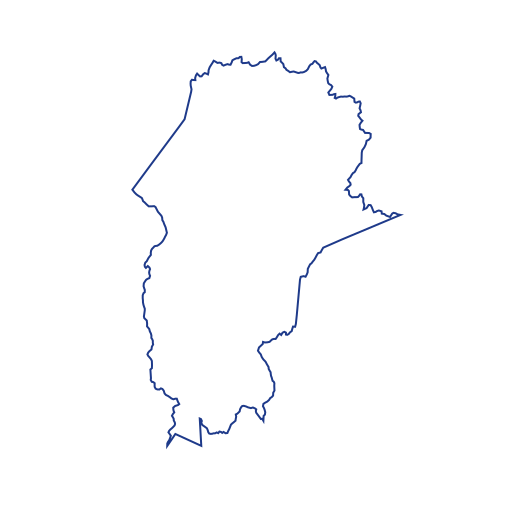 Boa Viagem, Ceará, Brazil (Equal Earth projection), rotated 191°
{"feature_id": "56859067B12725266051245", "entity_name": "Boa Viagem", "entity_type": "district", "adm_level": 2, "iso_a3": "BRA", "parent_name": "Brazil", "parent_adm1": "Ceará", "projection": "equal_earth", "projection_center": [-39.829, -5.047], "detail": "fine", "context": "isolated", "style": "outline", "palette": "blue", "viewbox_px": 512, "rotation_deg": 191, "n_neighbors": 0, "source": "geoboundaries", "source_scale": "gbopen_adm2", "svg_char_len": 6093}
<svg xmlns="http://www.w3.org/2000/svg" viewBox="0 0 512 512"><g transform="rotate(191 256 256)"><path d="M308.0,83.1L306.8,81.8L305.8,80.6L305.3,78.8L304.0,77.2L303.4,75.7L303.6,74.1L304.4,72.8L305.7,70.9L307.1,69.2L307.9,67.8L308.3,66.2L306.7,64.7L305.3,63.3L305.7,60.4L306.1,58.4L306.9,56.7L307.3,55.0L306.9,52.6L304.0,59.3L301.2,65.9L273.5,59.2L280.2,85.7L278.9,85.4L277.7,83.7L277.9,81.7L276.3,79.8L274.0,78.8L272.5,78.1L271.3,77.5L270.1,75.7L269.2,73.9L268.1,72.8L266.7,72.7L265.2,73.1L263.9,73.8L262.4,74.1L260.9,75.3L259.3,74.9L258.4,76.7L256.7,76.6L255.4,75.9L254.3,77.1L252.0,76.2L250.3,76.8L249.9,78.9L249.3,80.8L248.8,83.5L248.4,85.7L247.4,87.1L246.2,88.5L244.7,90.4L244.8,92.1L244.8,94.5L245.6,96.6L244.3,97.6L242.4,100.3L242.4,102.5L241.8,104.6L240.9,106.1L239.4,106.6L237.0,106.4L235.0,105.9L232.0,105.7L230.1,106.7L227.9,106.2L226.5,105.5L226.6,103.8L225.9,102.2L222.9,99.5L220.1,96.9L218.9,97.4L217.3,95.6L218.0,100.5L217.0,102.0L217.1,104.4L218.2,106.7L219.2,108.3L220.5,109.9L220.5,112.3L219.1,113.7L217.2,115.2L215.7,117.2L214.9,119.3L213.7,120.4L212.6,122.2L213.0,125.1L212.2,127.4L213.3,132.0L213.7,134.7L214.6,136.0L215.9,136.6L216.6,138.0L217.4,139.7L218.4,141.3L219.0,143.0L219.5,144.7L220.7,146.0L222.0,147.6L222.5,149.4L224.9,152.1L226.3,153.9L227.6,154.9L228.7,155.6L229.9,156.7L231.2,158.1L232.5,160.3L234.5,161.9L236.0,163.4L235.6,166.8L232.6,170.9L232.7,173.0L230.8,172.8L228.5,173.4L226.3,174.3L225.2,175.9L224.1,177.3L222.6,178.0L220.9,178.3L220.1,180.1L219.2,182.6L218.0,184.3L216.2,183.3L215.3,185.8L213.7,187.0L212.0,186.5L211.6,184.6L210.3,184.6L209.0,185.7L208.1,187.5L206.6,189.1L206.5,191.2L206.2,193.8L204.1,194.0L203.9,196.9L204.7,205.9L208.3,241.2L208.1,244.1L205.4,245.3L203.4,245.1L202.6,247.7L202.2,249.8L202.7,253.3L201.3,258.2L200.2,259.3L199.2,261.4L198.1,263.4L197.3,265.7L196.5,268.4L195.6,270.7L193.3,271.8L192.6,274.2L191.6,277.0L174.7,288.7L122.0,323.9L125.0,323.9L127.1,324.6L129.3,324.6L130.4,323.6L131.9,319.9L135.8,320.5L138.0,321.7L140.6,321.6L141.3,323.8L144.1,324.1L145.8,323.2L146.9,322.1L148.6,321.4L150.1,323.5L151.7,326.1L153.2,327.8L155.1,327.6L156.6,324.1L159.3,322.2L159.2,323.9L159.4,326.7L161.0,329.5L161.7,333.2L163.4,334.6L164.3,336.6L165.6,336.4L166.2,334.9L167.1,333.4L168.3,333.0L170.8,332.5L172.8,331.9L174.7,332.8L176.3,334.1L177.2,337.5L178.4,338.4L180.8,338.1L179.4,340.7L177.7,342.4L176.7,344.0L177.3,345.6L179.0,346.9L180.2,348.3L179.2,350.0L178.3,351.4L177.7,353.5L176.7,355.8L175.3,357.1L174.5,359.1L174.1,360.8L173.3,363.0L171.7,366.3L170.2,367.4L170.6,369.5L171.2,373.3L171.9,377.6L171.9,380.1L170.4,383.3L169.9,385.2L169.5,386.9L169.4,390.2L167.4,391.7L166.1,394.0L166.7,397.7L168.4,398.3L170.4,398.0L172.4,397.6L175.0,400.2L176.8,400.2L178.1,400.5L178.8,402.4L179.4,404.5L178.5,406.9L177.3,409.1L178.9,410.0L181.2,412.1L182.4,413.1L182.4,414.9L180.4,417.1L181.2,419.0L182.5,420.7L182.4,423.7L182.4,425.9L183.6,427.5L184.8,427.1L186.2,426.0L187.4,425.6L188.7,426.1L189.6,429.3L191.5,430.0L193.2,430.7L194.8,431.1L196.3,430.2L197.6,429.7L199.4,429.5L201.2,428.9L203.0,428.7L204.9,427.8L206.3,427.0L207.5,425.8L208.9,426.2L208.7,428.1L209.0,430.2L210.2,429.8L211.7,428.8L214.7,428.1L216.2,430.3L213.9,434.5L213.4,436.8L214.9,438.1L216.8,438.6L218.1,439.5L219.1,441.8L219.8,443.9L219.5,447.5L221.4,449.3L222.5,450.6L223.3,452.8L224.3,454.6L227.6,452.5L228.7,453.4L229.9,455.5L231.9,456.7L233.1,457.3L234.2,458.4L235.7,458.5L236.5,457.2L237.3,455.4L238.9,454.4L239.9,452.5L240.8,449.2L242.1,447.3L244.1,445.7L245.8,444.9L247.1,444.8L248.3,444.1L249.5,443.7L254.2,444.3L255.9,443.7L257.7,442.9L259.8,443.9L261.7,444.6L262.7,445.8L264.6,446.7L265.8,449.6L267.3,450.7L268.9,451.7L269.7,454.8L271.2,454.5L271.9,452.9L273.3,451.8L274.5,453.4L274.9,456.8L275.6,458.2L276.7,459.4L278.2,456.9L281.6,452.5L282.8,450.6L284.0,448.8L287.1,447.7L289.1,447.2L290.6,444.7L292.4,443.3L294.3,442.3L296.2,441.8L298.3,442.7L300.2,444.8L301.6,443.9L304.2,443.2L305.9,442.8L307.2,443.6L307.5,446.4L308.4,448.7L309.9,448.3L310.9,446.8L312.9,446.4L315.1,444.8L316.5,443.6L316.8,441.5L317.5,438.9L318.8,438.7L320.6,438.9L322.4,437.9L324.2,436.7L325.8,437.3L326.8,438.7L328.6,438.9L330.7,438.2L333.0,439.1L334.8,439.6L335.6,437.2L336.6,434.8L337.5,432.4L338.0,429.3L337.7,427.3L337.8,425.1L339.3,425.5L341.2,425.8L342.5,424.4L343.7,422.0L345.2,421.6L347.0,422.7L348.6,423.8L349.4,421.9L349.7,419.1L349.1,417.1L351.1,416.8L352.5,416.8L353.4,415.0L353.1,412.7L352.6,410.8L351.1,407.3L351.0,404.7L352.2,376.6L356.3,367.9L367.3,345.0L375.9,327.1L390.0,297.5L387.4,295.2L385.2,293.7L383.5,292.9L379.2,291.2L378.3,290.0L377.3,288.3L375.6,287.4L373.3,285.8L370.8,284.3L367.7,284.9L365.5,285.5L364.0,284.9L360.7,280.7L356.6,277.5L355.5,275.9L354.7,273.2L353.5,272.0L352.2,269.8L350.2,266.9L347.9,261.8L348.3,259.4L348.9,257.7L349.4,255.7L350.3,253.1L351.1,251.6L352.0,250.3L353.4,248.6L354.9,247.2L356.2,246.8L357.5,246.2L358.4,244.7L359.4,243.2L360.0,241.4L359.9,239.0L359.4,237.0L361.0,234.0L361.7,231.9L362.2,230.1L363.4,228.4L363.7,225.9L363.0,224.2L361.8,223.3L360.3,225.5L358.4,224.3L357.5,222.9L357.8,221.2L357.8,219.6L357.3,218.0L356.2,216.3L356.5,213.9L358.2,212.8L359.3,211.7L360.1,209.9L360.9,207.8L360.6,204.9L359.6,203.0L358.7,201.5L358.3,199.2L359.3,198.1L359.7,195.9L359.2,193.1L358.5,190.8L358.1,188.9L357.2,186.7L356.3,185.0L355.1,183.0L354.8,181.2L354.5,175.3L353.8,173.7L350.9,171.8L350.0,168.9L349.5,166.1L348.0,164.9L346.9,164.0L345.8,161.7L344.4,159.9L343.5,158.0L343.1,155.6L342.0,154.5L341.1,153.1L340.7,151.0L340.1,149.5L340.9,147.2L340.8,144.3L342.5,142.2L343.4,140.6L343.8,138.7L342.8,137.4L341.2,136.2L339.3,134.6L338.2,133.1L337.7,131.0L337.2,128.7L336.8,126.0L338.0,124.4L335.8,116.0L335.7,114.3L334.3,112.6L332.7,112.6L331.2,111.8L330.9,109.9L330.5,108.2L329.2,106.6L327.4,106.2L325.4,106.5L324.1,107.9L322.5,107.6L320.9,106.2L319.5,103.6L317.9,102.4L315.6,101.8L313.5,100.9L311.8,100.0L309.8,99.6L307.8,100.6L306.5,100.8L305.6,99.2L304.5,97.6L303.1,96.0L304.0,94.9L305.2,94.2L306.7,93.4L308.3,91.4L307.9,89.7L307.3,88.2L306.4,86.9L307.4,85.1L308.0,83.1Z" fill="none" stroke="#1e3a8a" stroke-width="2"/></g></svg>